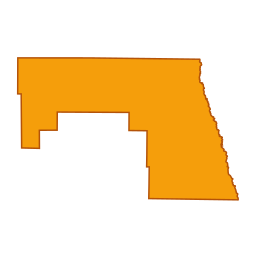 the district of Polk, Minnesota, United States of America, rotated 181°
{"feature_id": "52423323B42155101641625", "entity_name": "Polk", "entity_type": "district", "adm_level": 2, "iso_a3": "USA", "parent_name": "United States of America", "parent_adm1": "Minnesota", "projection": "orthographic", "projection_center": [-96.923, 47.836], "detail": "fine", "context": "isolated", "style": "filled", "palette": "amber", "viewbox_px": 256, "rotation_deg": 181, "n_neighbors": 0, "source": "geoboundaries", "source_scale": "gbopen_adm2", "svg_char_len": 3522}
<svg xmlns="http://www.w3.org/2000/svg" viewBox="0 0 256 256"><g transform="rotate(181 128 128)"><path d="M239.4,196.2L238.9,160.2L235.4,160.2L234.0,106.2L216.2,106.1L216.6,124.2L198.8,124.6L199.0,142.7L127.2,143.6L127.0,125.5L108.9,125.6L108.7,101.5L108.7,89.5L106.1,89.5L106.0,71.4L106.0,57.8L16.7,58.1L16.6,58.5L16.6,59.1L16.9,60.4L17.2,60.8L17.5,61.1L17.6,61.3L17.6,61.9L17.6,62.3L17.4,62.8L17.2,63.4L17.2,64.0L17.3,64.3L18.3,64.7L18.6,65.1L18.5,65.5L18.6,65.9L18.9,66.5L19.1,67.7L19.3,68.3L20.0,69.8L20.1,70.2L20.2,70.6L20.1,70.8L19.8,71.4L19.7,71.7L19.8,72.0L20.3,72.2L21.2,72.1L21.4,72.1L21.7,72.4L21.8,73.4L22.3,73.8L22.5,74.1L22.5,74.5L22.2,74.9L22.2,75.1L22.3,75.3L22.7,75.6L23.0,76.3L23.1,77.1L22.9,78.0L22.4,78.6L22.3,78.9L22.4,79.1L22.6,79.2L23.3,79.4L24.8,82.0L25.4,82.5L26.4,83.2L26.6,83.5L26.8,84.1L27.1,85.4L27.3,88.4L27.3,88.7L26.9,89.7L26.8,90.1L27.0,90.6L27.2,90.8L27.8,90.9L28.1,91.0L28.1,91.4L27.8,91.8L27.6,92.1L27.9,94.4L28.2,95.0L29.2,95.6L29.4,95.9L29.5,96.1L29.4,96.6L29.0,98.2L28.6,99.2L28.6,99.5L28.9,100.2L28.8,100.6L28.3,101.2L28.2,101.5L28.3,101.7L28.6,102.0L29.3,102.5L29.5,103.0L29.5,103.5L29.2,104.3L29.1,104.7L29.2,105.3L29.7,105.9L30.6,106.4L31.4,106.5L31.8,106.7L31.9,107.3L31.6,108.0L31.9,108.6L32.7,109.2L34.4,110.8L34.3,111.1L33.5,111.6L33.9,111.8L34.4,112.2L34.7,112.7L34.7,113.4L34.4,113.7L34.0,113.6L33.5,113.1L33.4,113.2L33.5,113.8L34.0,114.4L34.0,114.8L33.5,115.3L33.4,115.9L34.2,116.7L34.2,117.0L33.3,117.6L33.3,118.1L33.6,118.6L34.1,119.0L34.3,119.3L34.2,119.7L33.6,120.1L33.6,120.3L33.9,120.6L34.4,120.8L36.1,121.1L36.5,121.4L36.6,121.7L36.3,122.0L36.0,122.1L36.0,122.4L36.6,122.9L36.8,123.0L37.1,123.4L37.3,124.3L37.3,126.1L37.3,126.4L37.1,126.7L37.0,127.0L37.8,127.8L38.7,127.8L39.4,129.3L39.3,130.1L39.4,130.3L39.7,130.5L39.7,131.1L39.5,131.4L39.5,132.4L39.9,133.2L39.7,133.6L39.5,133.9L39.4,134.2L39.5,134.5L40.1,135.3L40.1,135.7L40.3,136.0L40.5,136.1L41.5,136.2L41.9,136.8L42.7,137.3L42.8,137.5L42.2,138.0L41.9,138.3L41.6,138.8L41.6,139.1L41.8,139.2L42.1,139.1L42.9,139.8L42.8,140.6L43.8,140.8L45.3,142.2L45.6,143.0L45.4,143.4L45.5,143.9L45.8,144.3L46.2,144.6L46.2,144.9L46.0,145.1L45.9,145.4L46.0,145.5L46.7,146.0L46.8,146.4L46.8,147.1L46.7,147.5L46.1,148.1L46.1,148.4L46.2,148.7L46.5,149.3L47.2,150.4L48.1,151.3L48.0,151.7L47.5,152.3L47.5,152.6L47.9,153.0L48.0,153.4L47.9,153.8L47.9,154.2L48.6,154.7L48.7,154.9L48.7,155.4L48.6,155.7L48.6,155.9L48.8,156.1L49.0,156.0L49.1,156.3L49.4,157.0L49.7,157.4L49.7,157.6L49.3,158.2L49.4,158.6L49.5,158.7L49.7,158.8L50.0,158.6L50.3,158.1L50.5,158.1L50.7,158.3L50.8,158.6L51.2,161.6L51.4,161.9L51.9,162.0L52.0,162.2L52.2,162.5L52.2,162.9L52.6,163.4L52.8,164.0L52.7,164.4L52.5,164.9L52.6,166.1L53.1,166.7L53.2,167.0L53.2,168.5L52.9,168.7L52.4,168.9L52.4,169.2L53.2,170.2L53.6,172.9L54.1,173.2L54.8,173.4L54.9,173.5L54.4,174.1L54.4,174.3L56.3,174.6L56.8,174.9L57.0,175.3L57.1,175.8L56.8,176.7L57.0,177.0L57.4,177.6L57.3,177.8L57.1,177.9L57.1,178.2L57.5,178.9L57.6,179.4L57.3,181.4L56.9,182.2L56.9,182.7L57.2,183.0L57.2,183.3L56.8,183.8L56.5,183.9L56.5,184.1L56.5,184.5L56.8,184.8L56.7,185.1L56.5,185.5L56.6,186.2L57.0,186.6L57.2,187.0L57.2,187.4L56.9,187.7L56.8,187.9L56.9,188.2L57.1,188.5L57.1,189.0L56.8,189.5L56.9,189.9L57.1,190.2L57.1,190.4L56.3,191.8L56.0,191.9L55.7,192.2L55.5,192.5L55.9,193.7L55.9,194.3L56.2,194.6L56.6,194.8L57.2,194.9L57.3,195.0L57.3,195.5L57.5,195.8L57.6,196.0L57.5,196.3L57.3,196.5L57.3,197.1L57.3,197.6L57.5,198.0L167.5,197.4L239.4,196.2Z" fill="#f59e0b" stroke="#b45309" stroke-width="1.5"/></g></svg>